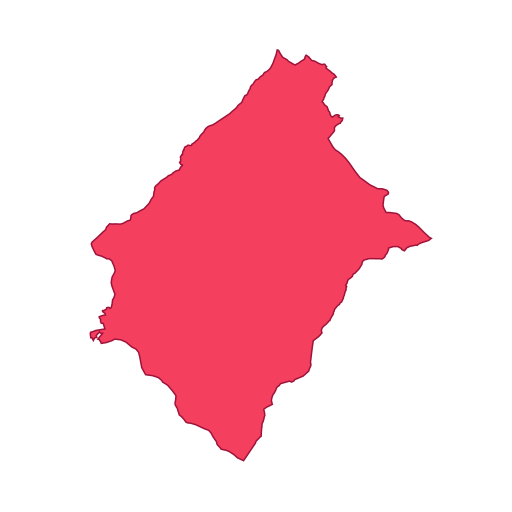 outline of Moldova-Sulita, Suceava, Romania, rotated 351°
{"feature_id": "2599482B4922642356545", "entity_name": "Moldova-Sulita", "entity_type": "district", "adm_level": 2, "iso_a3": "ROU", "parent_name": "Romania", "parent_adm1": "Suceava", "projection": "albers", "projection_center": [25.239, 47.682], "detail": "fine", "context": "isolated", "style": "filled", "palette": "rose", "viewbox_px": 512, "rotation_deg": 351, "n_neighbors": 0, "source": "geoboundaries", "source_scale": "gbopen_adm2", "svg_char_len": 6049}
<svg xmlns="http://www.w3.org/2000/svg" viewBox="0 0 512 512"><g transform="rotate(351 256 256)"><path d="M431.9,266.0L430.3,264.9L426.2,259.7L421.3,252.9L418.5,249.6L414.8,246.5L412.2,245.1L409.9,244.8L408.0,243.9L405.6,241.0L403.5,237.4L401.4,235.9L394.6,233.9L391.3,233.4L389.7,228.6L389.4,225.6L391.1,219.7L392.0,217.2L396.4,215.4L396.8,213.7L395.6,211.6L391.6,209.5L386.5,208.5L383.7,206.4L379.4,203.3L374.1,197.9L370.9,194.8L367.0,187.7L362.4,178.2L359.7,173.5L356.6,169.2L353.5,165.8L350.9,163.5L349.0,160.2L345.6,151.3L352.1,145.6L353.0,144.7L353.3,143.8L353.4,141.7L353.7,141.3L355.6,139.6L357.6,138.7L358.9,138.2L360.1,138.0L360.9,136.8L362.3,135.8L363.1,134.0L363.3,133.4L361.2,133.0L360.8,132.7L360.3,132.2L359.0,131.4L360.2,130.2L359.4,129.6L358.1,129.1L356.2,129.3L353.0,130.8L351.8,129.3L351.8,128.9L351.3,127.5L351.4,126.5L351.2,125.6L350.9,124.8L350.4,124.3L349.6,119.8L348.2,118.2L347.6,117.8L346.9,116.4L346.5,115.3L346.0,114.7L345.7,114.4L345.6,114.0L345.7,113.6L347.4,111.6L348.1,110.2L348.4,109.6L349.0,109.0L349.7,107.2L350.4,106.2L353.2,103.4L355.1,100.5L356.0,99.7L357.8,98.7L358.3,96.3L359.1,94.4L360.0,93.2L360.6,92.7L362.0,92.1L363.3,91.8L361.9,89.2L361.3,88.4L359.9,87.3L358.1,85.0L354.6,81.5L354.7,80.6L355.4,80.1L354.6,78.8L353.9,77.4L352.9,77.1L351.0,77.3L347.7,75.3L344.3,72.6L341.6,71.6L340.3,69.4L339.8,68.7L339.4,67.8L337.0,65.5L336.8,65.5L335.9,66.6L334.5,69.2L333.0,70.0L332.6,70.0L330.3,71.0L327.7,72.4L326.3,72.7L324.6,73.5L322.3,71.9L321.2,70.9L319.1,69.3L318.4,68.6L317.8,67.6L317.5,67.2L316.1,66.0L313.9,64.3L313.3,63.6L311.8,60.3L311.4,59.3L310.7,57.0L310.3,56.3L309.2,55.8L307.0,61.1L305.8,63.0L302.8,68.5L299.6,72.7L296.9,74.8L294.6,75.8L293.3,76.0L292.7,76.5L291.9,77.3L291.4,78.2L289.0,79.3L287.8,80.0L286.7,80.9L286.2,81.6L283.7,82.0L283.2,82.3L281.7,83.7L280.1,85.7L279.8,85.9L278.7,86.5L277.6,87.4L276.9,88.3L276.6,89.3L276.0,90.4L274.6,91.8L273.6,93.6L272.3,95.3L271.9,95.5L271.2,95.7L270.6,95.6L270.0,96.0L267.7,99.2L265.9,102.1L262.0,104.3L260.5,105.9L258.9,107.2L255.0,109.5L252.2,111.4L238.8,117.5L236.9,118.5L233.7,119.7L230.2,120.3L228.5,120.9L226.4,122.2L225.2,123.4L224.6,124.1L224.1,125.1L220.9,127.5L219.2,129.1L218.7,130.1L218.2,130.7L217.4,131.1L217.0,131.7L216.2,132.3L214.8,133.0L213.3,134.1L212.2,134.7L210.2,135.5L209.6,136.6L208.8,136.8L207.5,136.3L206.1,135.9L205.7,136.2L204.9,136.6L203.4,137.0L202.8,137.3L202.2,138.0L202.0,138.8L201.2,139.6L201.1,140.5L200.7,140.5L200.0,141.6L199.5,143.2L199.3,143.7L199.2,144.5L198.5,144.4L198.2,144.9L197.0,146.0L196.8,146.6L196.9,147.7L196.8,148.3L196.5,149.5L196.5,150.2L196.3,150.6L195.7,151.0L195.7,151.8L195.3,151.8L195.7,153.0L196.1,153.7L196.9,154.2L197.6,154.4L197.6,154.6L197.2,155.4L196.3,155.7L195.9,156.2L195.5,156.4L195.4,156.7L195.1,156.9L193.8,158.8L193.8,159.0L189.9,159.6L186.7,161.1L185.8,162.0L185.1,162.3L183.0,162.8L182.2,162.9L181.2,163.5L179.9,164.4L174.1,166.8L170.7,169.4L168.2,170.9L167.1,171.9L166.5,173.1L166.4,174.6L165.4,176.6L164.0,181.1L161.4,183.6L158.7,187.2L155.8,189.5L152.7,191.9L148.6,193.2L145.2,194.6L143.7,194.8L142.3,194.7L139.8,195.7L138.8,196.7L138.6,197.6L138.3,198.9L137.7,200.3L137.3,201.0L134.7,201.2L129.6,203.0L126.9,203.3L122.7,202.4L118.7,201.9L116.5,201.3L112.9,204.1L111.7,206.4L108.8,208.2L103.0,212.3L96.2,216.7L95.2,218.3L95.6,221.3L97.0,226.0L98.2,229.3L100.3,230.6L103.3,231.9L106.1,233.8L108.4,235.5L110.7,235.9L112.8,238.3L114.2,243.9L114.6,247.3L114.6,248.5L113.3,250.8L110.6,254.3L109.6,257.0L108.8,259.8L109.0,263.1L110.7,271.8L109.3,274.6L107.4,277.1L106.4,280.8L104.9,284.4L103.8,284.9L102.8,283.8L101.4,283.6L100.4,283.8L99.9,285.1L98.6,285.5L97.5,286.2L96.4,285.8L95.7,286.3L96.5,287.7L98.0,289.2L98.0,290.7L95.5,290.7L91.7,291.4L91.5,292.3L92.6,294.4L92.2,296.2L92.6,298.1L94.6,298.8L95.4,304.5L92.5,304.4L85.9,304.5L82.7,305.3L80.7,305.4L80.1,307.1L80.1,311.0L81.2,311.1L82.1,314.0L83.8,311.6L86.0,311.5L85.8,309.5L89.6,306.5L90.3,307.8L92.4,308.3L86.8,313.4L88.0,313.9L88.5,315.1L89.2,316.4L89.5,318.1L94.4,318.1L100.4,317.1L103.5,316.0L109.3,317.6L114.1,320.7L119.0,326.4L122.9,329.2L125.0,332.9L125.4,337.6L125.7,348.4L127.9,354.6L128.5,356.0L135.1,358.0L140.4,360.7L143.4,364.1L144.0,365.8L148.5,369.8L152.1,375.6L155.1,381.4L154.3,384.9L153.0,388.6L153.0,390.7L154.4,394.1L154.9,397.8L155.4,401.0L157.3,403.0L159.2,405.9L160.9,409.2L162.3,410.1L165.5,411.0L170.3,413.3L177.8,418.4L181.9,420.7L184.0,423.9L185.2,427.6L186.8,431.0L187.9,433.2L188.1,436.0L190.7,440.0L191.4,441.4L196.1,443.2L199.0,445.0L203.1,448.7L206.2,452.5L211.7,456.2L226.3,440.6L226.5,439.7L227.4,438.7L228.3,438.0L229.9,436.9L231.7,435.4L232.9,434.9L234.5,427.3L235.2,425.5L235.4,423.9L236.1,422.1L237.4,420.2L237.5,419.6L237.9,419.1L238.5,417.6L238.8,416.6L239.8,414.8L239.9,411.4L239.6,409.0L239.7,408.6L242.5,407.1L248.9,405.1L248.6,401.1L249.4,398.7L251.1,395.5L252.6,394.2L254.5,391.6L255.5,389.8L256.7,388.4L258.1,388.0L260.3,385.9L269.7,384.8L271.3,386.1L273.8,385.4L274.8,384.2L283.7,382.0L290.0,378.0L291.5,375.1L292.9,373.1L293.3,371.4L293.2,369.4L297.1,355.7L299.3,348.6L305.3,345.4L307.3,343.9L308.6,342.6L309.1,342.4L309.0,341.5L308.9,340.1L309.5,338.3L309.9,337.6L310.7,336.8L312.4,335.5L313.9,334.8L316.6,332.8L317.9,331.6L318.9,331.3L319.3,330.5L320.2,329.0L323.3,325.4L323.5,324.1L324.6,322.6L325.1,321.2L328.9,317.7L330.7,317.0L331.9,315.4L333.5,314.7L334.1,313.6L335.7,311.4L335.9,310.3L336.9,308.8L337.5,307.5L338.5,305.1L338.9,304.8L339.9,302.9L339.7,302.5L339.9,301.8L340.0,301.5L340.7,300.6L340.2,300.2L340.5,299.9L340.1,298.7L341.4,297.5L342.2,295.8L343.3,293.8L346.7,292.1L347.8,291.3L348.1,291.1L348.5,290.0L349.3,289.0L350.0,288.7L350.7,288.7L351.8,287.9L356.1,284.6L359.4,280.6L359.8,279.0L361.0,277.5L362.5,276.8L367.5,276.3L377.4,278.0L380.2,278.7L383.0,277.1L384.0,275.4L385.7,273.9L387.9,270.4L388.1,269.0L389.5,268.7L393.1,268.2L397.6,268.9L400.7,271.3L400.9,272.4L403.4,274.1L406.7,271.2L408.2,271.0L409.2,270.5L413.6,270.4L415.4,270.2L416.9,270.7L418.4,269.7L421.0,268.9L429.0,267.6L431.9,266.0Z" fill="#f43f5e" stroke="#9f1239" stroke-width="1.5"/></g></svg>